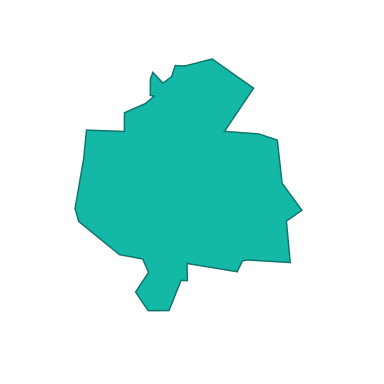 Roanoke, Virginia, United States of America (Albers equal-area conic projection), rotated 310°
{"feature_id": "52423323B30503653704079", "entity_name": "Roanoke", "entity_type": "district", "adm_level": 2, "iso_a3": "USA", "parent_name": "United States of America", "parent_adm1": "Virginia", "projection": "albers", "projection_center": [-79.961, 37.274], "detail": "fine", "context": "isolated", "style": "filled", "palette": "teal", "viewbox_px": 384, "rotation_deg": 310, "n_neighbors": 0, "source": "geoboundaries", "source_scale": "gbopen_adm2", "svg_char_len": 600}
<svg xmlns="http://www.w3.org/2000/svg" viewBox="0 0 384 384"><g transform="rotate(310 192 192)"><path d="M79.1,213.1L72.9,234.7L86.4,250.6L117.2,240.4L121.1,245.5L134.0,234.1L160.0,277.9L171.6,274.9L175.6,278.2L201.1,312.6L230.4,283.0L248.6,287.9L256.7,255.3L286.6,224.0L279.4,205.8L259.3,177.9L311.1,172.4L306.8,121.9L283.9,105.5L278.1,97.9L267.2,102.2L256.7,99.8L258.5,85.1L251.9,87.5L239.2,97.9L241.1,101.4L229.9,99.5L209.3,89.3L194.9,101.3L171.6,71.4L148.3,87.4L104.1,113.1L96.6,124.3L97.4,176.8L109.0,197.3L102.5,210.4L79.1,213.1Z" fill="#14b8a6" stroke="#0f766e" stroke-width="1.5"/></g></svg>